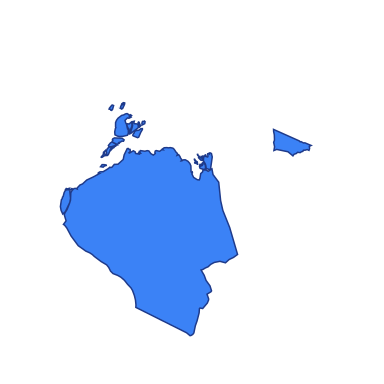 the district of San Fernando, Buenos Aires, Argentina, rotated 235°
{"feature_id": "61730980B31085500015034", "entity_name": "San Fernando", "entity_type": "district", "adm_level": 2, "iso_a3": "ARG", "parent_name": "Argentina", "parent_adm1": "Buenos Aires", "projection": "albers", "projection_center": [-58.481, -34.246], "detail": "fine", "context": "isolated", "style": "filled", "palette": "blue", "viewbox_px": 384, "rotation_deg": 235, "n_neighbors": 0, "source": "geoboundaries", "source_scale": "gbopen_adm2", "svg_char_len": 6115}
<svg xmlns="http://www.w3.org/2000/svg" viewBox="0 0 384 384"><g transform="rotate(235 192 192)"><path d="M129.7,79.8L79.8,106.8L75.4,108.0L75.0,109.1L74.9,110.9L75.5,112.7L80.5,118.0L83.5,122.2L88.9,128.5L92.2,131.2L92.4,131.7L92.1,132.3L90.4,133.9L92.2,140.8L94.0,143.6L94.8,144.3L99.7,145.7L99.4,150.3L99.8,151.3L104.8,152.9L111.5,152.8L116.7,154.2L122.9,154.7L122.3,156.5L122.1,159.5L121.5,162.3L122.0,165.9L121.5,169.9L119.2,175.1L114.8,178.8L115.4,183.6L114.6,188.5L114.7,193.5L141.3,202.5L159.2,206.7L168.5,210.5L184.7,219.5L194.2,219.2L199.5,221.6L199.7,217.1L201.8,216.2L203.8,213.7L202.4,212.2L202.1,209.7L198.7,206.4L197.7,204.9L199.0,203.4L203.0,201.7L206.9,202.3L207.4,203.3L208.2,203.7L208.2,203.0L209.0,202.8L214.1,206.1L216.6,206.6L219.5,206.3L222.2,205.0L223.3,203.3L223.3,201.8L223.7,201.0L224.2,202.2L226.5,202.1L227.9,202.5L230.2,202.5L230.6,200.8L231.3,201.9L232.5,202.1L233.5,201.8L237.2,201.9L238.9,201.5L240.9,199.6L241.6,198.1L242.8,196.9L244.2,194.6L244.2,192.3L243.2,192.5L244.0,191.5L243.9,188.8L246.5,186.4L246.6,185.3L245.7,184.3L244.6,184.0L244.4,181.5L247.0,180.3L250.4,180.2L251.6,179.0L252.4,176.8L255.5,173.5L255.0,172.8L255.5,172.1L255.1,171.6L254.4,172.0L254.3,171.5L253.2,172.0L253.3,171.5L254.7,170.6L254.6,170.0L254.1,170.6L253.4,170.4L255.9,167.9L257.4,168.5L259.4,167.6L259.8,163.0L260.3,162.8L260.4,164.1L261.2,165.1L262.4,165.7L263.0,165.0L264.3,164.7L264.7,163.8L261.3,157.7L258.1,154.3L257.2,147.3L259.2,144.2L258.2,140.5L258.8,139.3L259.4,139.0L259.2,136.5L259.6,130.8L261.3,128.2L261.5,126.3L261.0,125.8L260.2,126.7L261.0,119.5L262.2,112.6L261.4,107.0L262.0,104.2L261.1,100.0L260.3,99.7L261.7,98.8L262.5,97.4L262.0,94.5L260.9,92.3L254.9,87.7L252.9,85.1L249.3,79.6L247.8,76.0L246.6,74.3L240.6,72.3L239.2,68.1L237.9,68.6L234.3,68.8L225.2,67.7L213.3,68.0L204.5,71.1L200.9,73.3L197.9,74.5L195.3,75.0L187.0,77.7L181.3,80.3L178.0,80.5L173.9,79.9L170.5,80.5L166.3,83.3L163.2,84.8L158.5,86.0L153.3,86.3L148.6,87.0L145.5,86.8L140.2,85.4L135.9,83.7L131.6,81.3L129.7,79.8ZM161.8,316.3L167.5,312.7L168.2,311.5L170.7,310.2L171.0,309.4L172.3,309.2L196.5,294.7L194.8,293.6L191.6,292.2L187.9,289.8L187.0,289.1L185.9,287.4L181.7,285.6L179.0,282.9L178.3,285.8L169.9,293.7L163.7,295.4L164.4,297.2L163.7,299.6L164.0,301.2L162.2,303.2L162.2,304.7L161.7,306.1L162.3,307.2L161.3,308.8L160.7,310.7L159.0,311.7L160.1,313.2L162.1,314.3L161.8,316.3ZM294.9,173.8L294.1,171.4L292.7,169.2L289.3,166.8L288.3,166.5L288.1,165.8L285.5,163.1L283.0,161.7L280.4,163.1L279.1,164.4L277.2,167.4L275.5,171.7L276.7,173.6L279.7,175.6L280.6,175.7L280.7,175.4L285.4,177.3L286.4,177.3L289.1,178.2L289.7,181.6L288.6,182.6L288.3,184.3L289.2,183.6L291.3,184.8L293.5,183.8L294.2,182.1L294.3,180.3L295.1,178.3L294.9,173.8ZM264.0,93.9L264.5,93.2L264.7,91.9L265.2,91.5L265.8,90.4L265.9,89.0L264.9,87.0L262.2,83.8L262.1,83.0L261.0,81.9L260.6,80.6L255.5,75.8L252.0,74.2L248.1,73.5L248.5,77.0L253.6,86.0L256.4,88.8L262.5,92.2L264.0,93.9ZM204.7,218.7L204.9,218.1L203.1,217.2L200.6,219.0L200.1,220.3L209.1,228.7L212.4,230.0L213.8,229.2L214.0,228.4L213.4,228.1L213.8,228.0L214.3,226.8L211.9,225.4L211.7,224.9L213.4,223.5L213.7,223.5L213.9,224.4L214.6,224.5L214.8,224.0L214.2,222.7L214.5,222.5L212.4,220.2L210.9,219.3L207.3,219.0L205.0,218.2L204.7,218.7ZM279.7,156.8L279.4,155.8L278.7,155.4L274.1,157.9L273.6,160.1L274.4,160.0L274.5,160.4L273.9,162.1L273.9,163.7L272.9,165.0L273.6,166.3L276.1,165.6L280.8,159.5L281.0,157.7L280.5,156.8L279.7,156.8ZM272.4,187.7L273.2,186.4L273.1,183.8L274.3,181.6L274.5,179.6L273.5,178.5L273.2,177.1L272.4,176.0L271.7,176.0L267.7,178.6L267.5,179.8L270.3,184.3L271.6,187.2L272.4,187.7ZM283.1,185.3L283.9,183.3L280.9,181.8L279.4,180.3L277.3,177.4L275.6,175.7L275.1,175.7L275.5,184.9L277.3,186.1L279.0,186.4L280.9,184.1L282.0,184.0L283.1,185.3ZM276.4,149.9L276.1,147.7L274.7,145.2L272.9,144.6L272.1,143.7L270.8,143.5L270.4,143.9L270.9,145.4L272.8,148.3L272.6,148.8L273.3,151.8L273.8,151.1L274.0,150.2L274.1,150.4L274.1,152.1L273.1,153.1L273.2,153.6L273.7,153.6L273.4,155.4L273.7,155.3L274.8,153.0L275.0,151.7L276.4,149.9ZM279.9,176.5L276.5,174.6L275.7,173.8L275.3,174.1L275.3,174.9L278.3,177.4L280.4,180.5L282.1,181.8L284.1,182.4L283.8,179.5L285.2,177.9L284.2,177.1L281.6,176.3L279.9,176.5ZM206.7,212.2L203.8,214.5L203.2,216.4L206.6,218.4L209.8,218.2L209.8,217.1L209.0,216.5L208.3,216.6L207.8,215.6L208.1,214.4L209.0,215.8L209.4,215.7L209.3,214.8L210.0,214.5L209.7,213.8L208.5,212.7L206.7,212.2ZM278.9,155.1L279.0,153.4L278.3,150.9L278.0,150.1L277.2,150.0L276.5,150.3L275.4,151.8L273.6,157.1L274.2,156.6L274.3,157.3L278.9,155.1ZM308.0,172.3L307.4,171.6L306.3,172.7L305.6,172.4L304.9,173.0L305.3,174.4L307.8,177.4L308.9,176.7L309.1,176.1L308.0,172.3ZM304.5,185.0L303.9,184.3L302.8,182.4L301.4,181.8L301.6,181.4L300.3,181.9L300.2,183.1L302.4,186.9L303.0,187.5L303.4,186.5L303.4,184.4L303.6,184.5L304.1,187.5L304.6,187.0L304.5,185.0ZM277.5,193.7L277.5,193.0L277.7,192.5L278.1,192.3L278.1,191.7L277.0,190.3L275.4,190.0L275.1,192.5L276.5,193.9L277.5,193.7ZM263.8,136.9L263.9,136.3L264.8,135.8L266.0,134.1L265.2,131.6L263.3,133.5L263.5,135.3L262.9,137.0L263.3,137.2L263.8,136.9ZM217.2,217.7L216.3,217.0L213.0,217.5L211.7,218.8L213.8,219.6L215.3,218.6L217.3,218.3L217.2,217.7ZM271.7,143.1L273.0,142.6L273.7,141.2L272.7,137.6L272.3,137.7L272.0,138.4L271.9,141.2L270.9,142.9L271.7,143.1ZM216.9,212.4L211.7,212.2L211.5,212.5L213.7,213.6L215.5,212.9L218.0,213.0L216.9,212.4ZM276.2,186.2L275.4,185.5L275.2,186.1L275.8,188.6L277.8,186.8L276.2,186.2ZM289.2,186.4L290.5,186.0L290.3,185.0L289.4,184.7L288.9,185.0L289.2,186.4ZM278.2,187.4L277.2,188.0L279.4,188.7L280.0,188.4L279.9,187.8L278.2,187.4ZM213.3,220.2L213.2,220.6L214.4,221.8L214.9,221.2L215.3,221.3L215.3,220.6L213.3,220.2ZM275.6,144.3L275.3,142.3L274.5,141.6L274.5,143.1L275.6,144.3ZM265.5,93.3L266.1,91.6L267.0,91.0L266.7,90.2L265.2,92.4L265.5,93.3ZM215.8,220.0L215.0,219.4L213.9,220.0L215.5,220.3L215.8,220.0ZM263.3,95.8L263.8,95.5L263.8,94.7L263.0,94.8L263.3,95.8ZM215.2,211.4L213.9,210.9L213.7,211.1L214.2,211.5L215.2,211.4ZM219.7,218.0L218.8,217.7L218.7,218.1L219.6,218.3L219.7,218.0Z" fill="#3b82f6" stroke="#1e3a8a" stroke-width="1.5"/></g></svg>